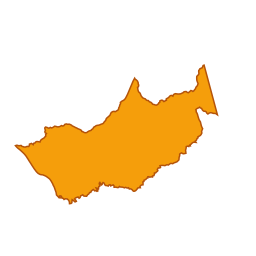 Santa Maria do Tocantins, Tocantins, Brazil (Robinson projection), rotated 321°
{"feature_id": "56859067B8040117267322", "entity_name": "Santa Maria do Tocantins", "entity_type": "district", "adm_level": 2, "iso_a3": "BRA", "parent_name": "Brazil", "parent_adm1": "Tocantins", "projection": "robinson", "projection_center": [-47.839, -8.802], "detail": "fine", "context": "isolated", "style": "filled", "palette": "amber", "viewbox_px": 256, "rotation_deg": 321, "n_neighbors": 0, "source": "geoboundaries", "source_scale": "gbopen_adm2", "svg_char_len": 5374}
<svg xmlns="http://www.w3.org/2000/svg" viewBox="0 0 256 256"><g transform="rotate(321 128 128)"><path d="M205.8,174.0L226.7,127.0L225.7,126.7L224.8,127.2L223.6,127.9L222.3,127.5L221.2,127.2L220.3,127.6L219.2,127.8L218.3,128.8L217.8,129.7L217.1,130.6L215.7,131.0L214.7,131.0L213.8,131.3L213.0,132.2L212.3,133.1L211.6,134.1L211.1,135.3L210.8,136.2L210.4,137.6L209.4,138.2L208.6,138.7L207.7,138.9L206.7,139.0L206.0,139.4L204.9,140.0L203.7,140.2L202.6,140.5L201.4,140.4L201.1,139.3L200.4,138.4L198.7,138.6L197.0,138.5L196.4,137.4L196.1,136.2L195.3,135.6L194.2,135.1L192.8,135.2L191.5,134.8L190.5,134.6L189.5,134.0L188.3,133.1L187.4,132.2L186.5,131.2L185.2,130.7L183.9,130.9L182.9,131.5L182.5,130.2L181.5,129.6L180.4,129.5L179.2,129.8L178.1,129.8L177.0,129.6L176.0,129.5L175.3,130.6L174.2,130.1L173.3,130.4L172.4,129.9L172.4,128.6L171.9,127.7L170.9,127.2L169.8,127.0L168.9,128.0L167.8,127.8L166.9,128.4L165.8,128.2L164.7,128.3L163.7,127.3L163.0,126.1L162.1,125.0L162.2,123.7L161.9,122.2L161.1,121.1L161.1,119.5L160.1,118.5L159.8,117.5L159.8,116.3L159.1,115.2L158.5,114.0L158.4,112.3L158.5,111.0L159.1,109.3L159.3,108.0L159.0,106.9L159.3,105.6L159.9,104.3L160.4,103.5L161.0,102.4L161.9,102.5L162.6,102.1L163.4,101.3L163.6,100.3L164.4,99.2L164.9,97.5L164.7,95.8L164.3,94.5L164.5,93.5L161.4,94.8L150.2,100.8L148.9,101.5L145.1,103.2L143.7,103.6L142.4,103.7L141.5,103.6L140.3,103.3L139.1,103.3L138.2,103.3L137.5,104.4L136.4,104.8L135.5,105.4L134.8,106.0L133.5,106.5L132.1,107.7L130.6,107.6L129.4,107.5L128.2,107.2L127.7,106.3L126.6,105.7L125.0,105.4L123.9,105.7L123.0,106.2L121.8,106.8L120.2,106.8L119.0,106.9L117.9,106.9L116.9,107.1L115.7,107.9L114.4,108.2L113.3,108.3L112.3,108.7L111.2,108.8L110.2,108.4L109.1,108.0L108.1,107.8L106.9,107.3L105.8,106.6L104.7,106.1L103.4,106.1L102.4,105.8L101.4,106.0L100.0,106.5L98.7,106.3L97.9,106.6L97.0,106.3L95.8,105.8L94.3,105.6L93.2,105.6L91.9,104.9L91.1,103.9L90.6,102.5L89.9,101.6L90.3,100.6L89.7,98.9L89.0,97.7L88.5,96.8L88.2,95.8L87.6,94.8L87.1,93.6L86.6,92.4L86.0,91.4L85.9,90.2L85.4,89.3L85.0,88.3L84.1,87.6L83.2,86.9L82.6,86.0L81.2,85.4L79.6,85.8L78.5,85.4L77.8,84.2L76.8,84.1L75.7,83.9L74.3,83.1L73.6,82.4L73.1,81.5L72.1,80.4L70.9,80.4L69.6,80.2L68.6,79.8L68.0,78.6L67.0,78.6L66.1,78.1L65.5,76.7L64.6,75.4L63.7,75.4L62.9,76.2L62.4,77.8L61.3,78.3L60.6,79.5L61.2,80.9L59.7,81.4L58.9,82.6L57.9,82.6L56.7,82.9L55.1,82.7L53.7,82.5L52.3,82.6L50.8,83.5L49.9,82.4L49.1,81.5L48.2,80.9L47.2,80.8L46.2,81.1L45.0,80.5L43.8,81.3L43.6,80.3L43.2,79.1L42.2,78.9L41.3,78.5L40.3,79.5L39.2,79.9L38.0,78.8L36.4,78.3L35.2,77.3L34.6,76.2L34.0,75.5L34.0,74.4L33.1,73.7L32.1,73.3L31.2,71.9L30.4,71.2L29.4,70.9L29.5,72.8L29.7,74.4L30.2,76.6L30.5,78.3L30.9,81.2L31.1,83.2L31.1,85.6L31.0,86.8L30.8,88.3L30.7,89.5L30.5,90.7L30.3,92.7L30.1,94.6L29.8,97.1L29.4,101.2L29.4,102.4L29.3,104.1L29.4,105.2L29.6,106.8L30.5,108.9L31.4,109.9L32.3,110.8L33.8,113.6L34.2,114.9L34.7,116.8L35.0,118.2L35.0,119.6L34.8,121.3L34.3,124.1L33.8,125.6L33.6,127.1L31.5,133.0L30.3,135.0L30.4,136.5L30.5,137.5L30.5,138.8L31.5,139.7L31.5,137.9L32.4,137.8L33.2,138.8L32.8,141.2L33.4,142.1L33.3,143.3L34.8,143.6L36.1,144.9L36.4,146.6L36.0,148.4L34.9,150.0L36.2,150.8L37.3,150.8L38.5,149.5L39.5,148.6L40.0,150.4L40.3,152.1L41.7,152.5L42.0,151.2L41.8,149.5L43.1,149.3L44.5,149.7L45.8,150.2L45.8,151.8L47.0,151.9L48.5,150.9L49.8,151.3L50.8,151.4L50.9,153.2L52.9,155.0L54.8,154.4L55.9,154.6L57.5,154.0L58.5,154.6L60.0,153.9L62.3,153.9L62.6,156.0L63.6,156.4L64.0,157.7L65.0,157.9L65.5,154.6L66.3,155.7L66.7,156.8L68.4,155.2L69.7,155.4L70.4,153.6L70.9,152.8L71.9,152.6L71.7,154.2L71.4,155.5L72.3,155.6L73.3,154.9L74.3,154.7L74.7,155.7L74.2,157.6L74.6,158.9L75.4,159.5L76.1,160.7L77.5,160.3L78.4,160.8L78.1,162.1L79.3,162.4L80.7,162.9L80.8,164.0L79.9,165.3L81.4,166.4L82.2,167.6L83.3,168.3L84.5,168.0L84.8,168.9L85.5,169.6L86.6,170.6L87.6,172.3L88.8,172.6L89.6,174.2L90.8,174.7L90.6,176.2L91.8,177.0L92.3,178.2L92.4,180.5L93.4,181.3L94.7,181.5L96.6,181.2L97.7,180.8L98.9,181.3L100.0,182.2L100.5,180.9L102.5,180.7L103.9,181.6L105.0,180.3L105.5,179.3L106.7,179.6L107.6,178.7L109.3,179.2L111.0,178.9L112.2,179.3L112.8,178.4L113.6,179.0L114.0,180.0L115.1,180.4L116.2,181.5L116.9,180.7L118.1,181.3L119.3,180.7L120.2,179.6L121.2,180.3L122.1,180.1L123.1,180.1L124.3,180.0L124.7,178.6L126.4,178.1L127.7,179.1L128.6,179.0L129.1,177.4L130.0,177.8L131.6,179.0L133.0,180.5L135.1,181.0L136.1,182.2L137.5,182.2L138.7,182.3L139.7,183.1L140.3,183.9L141.6,184.0L143.3,184.6L144.9,185.1L147.5,184.8L148.5,183.8L149.2,183.0L150.7,182.1L151.7,180.8L153.0,180.8L154.0,181.1L154.3,182.1L154.8,182.9L155.9,183.5L157.1,184.1L158.3,182.3L158.8,181.4L159.9,180.7L160.9,179.8L161.6,179.1L162.9,179.6L163.6,180.7L164.4,180.3L165.2,181.1L165.6,180.1L166.7,180.3L167.6,180.1L169.0,180.1L169.9,180.3L170.8,181.0L171.8,182.0L171.9,180.5L173.6,180.5L175.0,179.6L176.2,179.7L176.9,178.8L178.1,179.1L179.4,179.3L180.6,179.1L182.2,178.4L183.2,176.8L185.6,175.5L185.8,174.3L186.1,173.3L186.5,172.2L187.3,170.5L188.1,168.9L188.3,167.4L188.5,166.1L189.9,162.6L190.6,161.1L191.0,159.7L191.1,158.4L191.8,157.7L192.2,156.4L193.5,156.3L194.4,156.4L195.6,156.8L196.8,156.9L196.9,158.0L197.5,159.1L197.2,160.6L197.2,161.7L197.6,162.9L198.5,163.5L198.9,164.7L198.6,166.1L198.9,167.4L200.5,167.5L201.6,167.9L202.7,169.0L203.4,170.2L204.5,171.2L205.3,172.0L205.5,173.0L205.8,174.0Z" fill="#f59e0b" stroke="#b45309" stroke-width="1.5"/></g></svg>